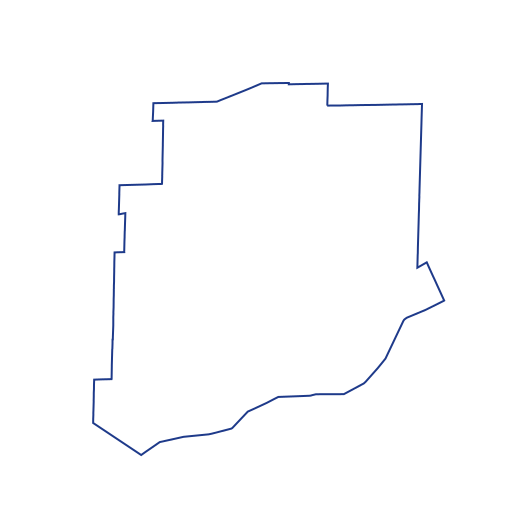 the district of San Martín, Santa Fe, Argentina, rotated 258°
{"feature_id": "61730980B15935899611470", "entity_name": "San Martín", "entity_type": "district", "adm_level": 2, "iso_a3": "ARG", "parent_name": "Argentina", "parent_adm1": "Santa Fe", "projection": "equal_earth", "projection_center": [-61.712, -32.002], "detail": "fine", "context": "isolated", "style": "outline", "palette": "blue", "viewbox_px": 512, "rotation_deg": 258, "n_neighbors": 0, "source": "geoboundaries", "source_scale": "gbopen_adm2", "svg_char_len": 3314}
<svg xmlns="http://www.w3.org/2000/svg" viewBox="0 0 512 512"><g transform="rotate(258 256 256)"><path d="M107.9,287.7L107.4,290.4L105.8,297.9L102.6,313.2L108.2,332.4L108.9,334.9L110.2,337.1L112.7,340.5L121.1,351.9L128.7,361.3L132.1,363.9L159.3,384.7L161.8,386.6L162.9,387.7L163.6,389.1L164.3,390.8L168.0,410.5L173.1,430.3L173.3,430.8L182.8,428.7L189.9,427.1L195.4,425.9L200.1,424.8L210.5,422.5L213.9,421.8L214.3,421.7L211.4,412.7L211.0,411.4L223.5,414.4L224.9,414.8L230.6,416.1L252.8,421.5L253.2,421.6L263.6,424.1L267.5,425.1L273.6,426.5L275.5,427.0L276.8,427.3L279.9,428.1L280.5,428.2L281.1,428.3L284.2,429.1L287.6,429.9L309.8,435.3L350.9,445.3L355.9,446.5L370.2,450.0L370.5,448.4L370.7,447.3L370.9,446.0L371.5,442.9L372.1,440.0L372.7,436.7L374.1,429.5L374.5,427.6L374.7,426.5L374.8,425.8L375.8,420.8L377.3,412.9L377.8,410.2L378.1,408.7L378.4,407.0L379.1,403.5L381.8,390.1L383.4,381.6L384.3,377.2L384.4,376.7L384.9,374.0L385.4,371.1L385.9,368.7L386.1,367.7L386.3,366.7L386.4,366.2L386.5,365.8L387.8,359.5L387.9,358.7L388.3,356.9L388.3,357.0L394.1,358.4L398.0,359.4L401.1,360.1L405.4,361.1L408.5,361.9L409.7,362.2L410.2,359.7L411.5,352.8L413.2,344.1L413.9,340.7L414.2,338.9L415.6,331.8L417.1,323.8L417.4,323.9L418.4,324.1L420.7,312.7L421.5,308.6L423.1,300.6L423.1,300.4L423.4,299.0L423.6,298.0L423.7,297.4L421.4,285.7L420.3,279.7L419.9,277.4L416.0,254.8L416.0,254.6L415.4,251.5L415.2,250.4L415.1,249.8L415.8,246.0L416.8,240.6L416.9,240.3L417.6,236.6L417.6,236.4L419.1,228.4L419.9,224.0L420.4,221.3L420.8,219.3L422.3,211.6L422.4,210.8L422.7,209.2L423.2,206.3L423.4,205.4L423.7,203.7L425.4,194.7L426.6,188.6L426.8,187.4L419.0,185.5L409.8,183.1L409.6,183.0L409.0,186.4L407.7,193.4L404.0,192.5L402.3,192.2L399.9,191.6L392.9,190.0L384.7,188.1L383.7,187.9L375.7,186.0L368.9,184.4L366.3,183.9L356.4,181.5L355.4,181.3L354.3,181.0L353.9,180.9L353.2,180.8L349.6,179.9L349.4,179.8L349.2,179.8L347.1,179.3L346.3,179.1L346.1,179.0L346.2,178.1L346.4,176.9L346.5,176.7L347.6,170.6L348.6,164.6L348.7,163.9L353.4,138.4L353.6,137.2L353.0,137.1L352.7,137.0L345.3,135.2L345.1,135.2L330.3,131.6L328.4,131.1L326.3,130.6L325.3,130.4L325.2,131.2L325.2,133.0L325.2,134.3L325.1,137.1L320.5,136.0L314.9,134.6L307.9,132.9L307.7,132.8L302.7,131.6L301.3,131.3L301.0,131.2L297.4,130.3L294.0,129.5L288.1,128.1L287.4,127.9L287.2,127.9L287.7,125.2L288.4,121.5L288.7,119.6L288.9,118.4L283.8,117.2L279.7,116.2L275.2,115.2L272.3,114.5L270.8,114.2L264.4,112.7L260.3,111.8L256.8,110.9L253.6,110.2L253.0,110.0L251.4,109.7L250.6,109.5L247.9,108.9L247.5,108.8L247.0,108.7L243.4,107.8L240.2,107.1L235.3,106.0L230.6,104.8L229.6,104.6L229.4,104.6L225.9,103.7L222.1,102.9L217.5,101.9L212.7,100.7L207.1,99.3L206.7,99.2L204.1,98.6L204.1,98.3L200.4,97.5L195.1,96.2L194.9,96.1L194.7,96.0L178.5,92.1L178.4,92.1L165.8,89.2L165.6,89.1L166.6,83.7L167.2,80.6L167.8,77.2L168.5,73.2L168.7,72.0L163.5,70.7L163.0,70.6L159.4,69.8L156.0,68.9L152.3,68.1L148.1,67.1L147.9,67.1L142.1,65.7L140.5,65.3L138.4,64.8L136.5,64.3L134.5,63.9L132.1,63.3L131.0,63.0L126.5,62.0L125.6,62.9L87.8,99.8L85.2,102.3L87.5,107.6L94.0,123.2L94.1,137.9L94.2,147.5L91.4,172.6L91.4,175.9L92.3,196.1L92.7,197.1L105.5,215.6L106.8,221.6L110.1,236.0L112.4,244.3L113.5,248.5L109.3,272.7L108.1,279.8L108.1,281.1L108.2,281.8L108.3,285.8L107.9,287.7Z" fill="none" stroke="#1e3a8a" stroke-width="2"/></g></svg>